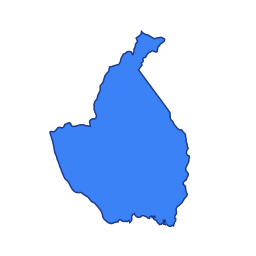 Trairi, Ceará, Brazil, rotated 195°
{"feature_id": "56859067B38979206613098", "entity_name": "Trairi", "entity_type": "district", "adm_level": 2, "iso_a3": "BRA", "parent_name": "Brazil", "parent_adm1": "Ceará", "projection": "robinson", "projection_center": [-39.362, -3.377], "detail": "fine", "context": "isolated", "style": "filled", "palette": "blue", "viewbox_px": 256, "rotation_deg": 195, "n_neighbors": 0, "source": "geoboundaries", "source_scale": "gbopen_adm2", "svg_char_len": 3610}
<svg xmlns="http://www.w3.org/2000/svg" viewBox="0 0 256 256"><g transform="rotate(195 128 128)"><path d="M81.0,48.1L79.1,46.5L76.8,46.0L75.6,44.9L74.3,43.9L72.5,42.9L70.8,43.7L70.2,45.0L68.9,46.2L68.7,44.3L67.0,44.2L66.1,45.3L64.5,44.3L62.7,43.9L60.9,44.2L60.1,45.6L58.7,45.2L58.7,46.9L58.8,48.5L58.1,50.6L58.2,52.4L59.8,53.5L59.8,55.9L59.2,57.2L59.3,58.9L60.0,60.6L60.6,61.9L60.5,63.6L59.8,65.2L58.6,66.5L57.6,68.2L56.5,69.9L55.8,72.2L55.3,74.3L54.4,76.0L53.6,77.8L53.6,79.5L54.9,80.8L55.6,82.0L56.2,83.2L56.8,84.6L57.4,86.5L58.7,87.3L60.0,87.6L60.4,89.6L59.6,91.7L58.3,93.0L58.3,94.8L58.0,96.2L57.6,98.1L58.3,99.8L59.8,100.9L61.3,102.0L61.7,103.8L61.7,106.0L61.1,108.1L61.0,109.7L60.6,111.7L61.2,113.7L61.0,115.3L61.5,116.8L63.0,116.9L64.2,117.5L65.1,118.8L65.4,120.6L65.1,122.4L64.6,124.0L65.9,125.2L66.2,126.7L67.1,128.3L68.2,129.8L69.0,132.3L70.2,134.6L71.0,136.8L72.5,137.8L73.9,138.5L74.9,139.6L76.4,140.0L77.8,139.5L79.1,139.9L80.2,140.4L81.3,141.2L82.5,142.1L84.0,143.0L85.1,144.1L86.1,145.6L87.2,146.3L88.5,147.0L89.8,148.5L90.7,151.4L91.4,153.7L99.5,160.3L106.4,165.8L114.4,172.1L116.1,173.5L125.8,181.2L132.9,187.0L132.3,188.8L131.3,190.9L130.8,192.4L132.0,194.1L130.8,195.6L130.7,197.2L131.6,198.5L131.3,199.8L129.3,200.7L128.9,202.7L128.4,204.5L127.7,205.7L126.1,207.3L124.3,209.0L122.7,208.8L120.9,208.5L119.7,209.2L119.7,211.2L120.1,213.0L119.8,214.4L119.0,215.7L118.6,217.0L117.8,218.3L116.5,219.8L115.4,221.4L115.6,223.3L117.3,223.8L119.6,224.2L121.3,223.3L122.8,222.8L124.4,221.8L125.8,220.9L127.5,221.6L129.4,222.0L130.7,222.4L132.3,222.9L134.4,222.9L135.9,223.0L137.2,223.4L138.5,223.8L139.9,224.7L139.7,222.7L140.4,220.7L142.3,218.3L143.4,217.0L142.1,215.2L141.1,214.0L141.8,212.5L142.4,210.9L142.0,208.3L142.7,205.6L142.0,204.0L142.3,200.1L144.6,202.3L147.0,202.2L148.8,201.2L149.6,199.9L151.7,197.9L152.1,195.7L152.7,193.2L152.6,191.0L152.6,189.6L153.1,187.4L154.3,186.4L155.6,185.8L158.6,183.8L161.7,182.1L161.3,178.0L163.7,172.8L163.9,169.1L163.9,165.6L165.8,161.6L164.7,157.4L164.9,155.2L165.6,151.9L165.5,148.0L167.0,144.5L166.8,141.1L166.1,139.8L165.6,137.2L162.9,133.4L161.6,131.7L161.5,129.8L162.5,128.1L164.9,127.6L166.2,126.3L166.9,124.5L165.6,121.8L164.9,119.9L166.2,119.7L167.9,119.6L169.3,119.2L171.1,119.6L173.3,119.2L175.1,118.6L177.1,117.4L179.2,116.1L180.8,115.5L182.0,115.2L183.5,115.8L184.4,117.3L186.2,118.0L188.0,116.5L190.0,115.0L190.2,113.1L190.8,111.6L191.9,111.0L194.2,111.0L195.8,110.2L196.4,108.7L197.2,107.0L198.3,105.3L199.8,104.9L201.2,104.9L202.4,103.8L201.4,101.9L200.6,100.8L197.4,95.8L194.1,89.2L193.2,87.0L192.3,85.4L191.3,83.9L190.3,83.0L189.6,81.9L188.5,79.8L187.2,78.1L185.8,76.2L184.8,74.8L184.1,73.4L182.6,71.5L180.0,67.9L178.9,66.4L177.8,65.1L176.7,63.7L175.6,62.6L174.2,61.9L172.4,61.0L170.9,59.6L169.4,58.0L167.6,56.0L166.6,54.9L165.2,53.9L163.8,53.1L162.6,52.6L161.2,52.4L159.2,52.7L157.5,53.4L156.0,53.4L154.8,52.9L152.6,52.0L151.2,51.6L149.3,51.2L147.4,50.0L146.0,48.8L143.7,47.3L142.4,47.3L140.7,46.8L138.5,45.2L136.9,44.3L135.6,43.3L133.5,41.7L132.4,40.6L131.3,39.3L130.0,37.2L129.1,35.3L127.2,33.5L125.6,32.9L124.3,32.1L122.6,31.5L121.0,31.3L119.1,31.4L117.7,32.3L116.1,33.7L113.3,34.7L113.1,36.3L112.3,37.4L110.7,37.3L109.4,36.6L107.6,36.6L106.4,37.3L104.7,37.3L103.2,39.1L101.9,37.1L100.9,38.9L100.6,40.6L101.2,42.4L101.7,43.8L101.0,45.3L100.0,47.1L98.6,45.7L96.8,44.5L94.8,44.4L92.8,45.4L91.6,47.1L90.0,47.4L88.5,47.1L87.3,47.2L85.3,46.1L84.0,46.2L83.8,48.0L82.3,49.2L81.0,48.1ZM68.9,46.2L70.1,48.0L68.2,48.5L67.6,47.0L68.9,46.2ZM81.0,48.1L79.9,49.7L78.8,49.0L81.0,48.1Z" fill="#3b82f6" stroke="#1e3a8a" stroke-width="1.5"/></g></svg>